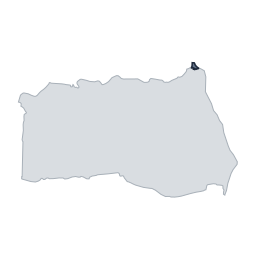 location of Ketu South, Volta, Ghana, rotated 272°
{"feature_id": "2480657B7709388821831", "entity_name": "Ketu South", "entity_type": "district", "adm_level": 2, "iso_a3": "GHA", "parent_name": "Ghana", "parent_adm1": "Volta", "projection": "robinson", "projection_center": [1.022, 6.081], "detail": "fine", "context": "in_parent", "style": "filled", "palette": "slate", "viewbox_px": 256, "rotation_deg": 272, "n_neighbors": 0, "source": "geoboundaries", "source_scale": "gbopen_adm2", "svg_char_len": 3486}
<svg xmlns="http://www.w3.org/2000/svg" viewBox="0 0 256 256"><g transform="rotate(272 128 128)"><path d="M157.1,19.4L159.0,21.5L159.4,22.7L158.7,27.1L157.3,30.3L156.4,33.2L156.5,34.7L157.4,36.1L160.3,38.4L161.8,39.9L163.6,42.2L165.7,44.4L169.2,47.3L170.6,47.8L170.6,48.6L170.1,49.7L169.8,60.4L169.5,63.2L169.2,64.6L168.9,68.6L168.5,69.2L167.9,69.2L167.3,69.3L167.1,70.1L167.4,70.9L169.5,71.5L169.0,72.1L167.4,72.7L166.7,73.9L167.0,75.2L166.2,76.3L166.4,77.1L167.0,77.6L167.9,77.4L170.3,75.6L171.4,75.4L172.7,75.8L175.0,78.6L175.1,80.0L174.2,84.7L173.2,88.3L173.0,93.2L174.0,95.9L173.9,97.4L172.8,98.7L170.4,100.6L170.6,101.9L171.7,104.3L173.7,107.0L177.8,110.3L179.9,114.6L179.9,116.3L178.7,118.0L177.2,119.6L176.8,121.8L177.4,136.1L174.2,142.4L174.2,144.2L174.5,146.2L175.4,147.5L177.0,147.8L178.3,149.1L177.8,153.4L177.1,157.9L177.0,160.1L176.6,161.1L175.4,161.9L174.9,163.4L175.2,165.1L175.0,166.4L175.7,168.1L177.1,170.1L179.5,175.3L180.4,175.7L180.8,176.8L180.5,177.8L181.4,180.1L184.0,182.4L186.7,184.4L188.9,184.7L189.5,186.5L190.9,188.7L192.0,189.7L193.6,190.4L195.0,190.7L195.1,192.6L192.6,193.9L190.9,195.9L189.6,198.9L187.9,202.2L181.8,204.0L179.4,204.0L166.9,204.1L155.2,210.6L148.4,212.9L144.3,216.6L138.7,219.2L134.8,222.4L126.7,223.9L113.3,228.9L109.2,230.8L105.0,234.3L98.1,238.4L95.5,238.3L90.1,234.5L86.1,232.6L76.2,229.7L68.9,228.6L65.3,227.3L64.3,227.1L65.2,225.7L67.2,225.7L69.4,226.1L71.0,225.0L73.4,224.9L74.0,223.8L74.2,221.1L74.2,218.9L75.1,217.9L75.3,215.3L74.1,209.5L73.3,208.8L69.0,208.0L68.7,206.9L67.9,205.7L67.1,202.7L66.2,198.2L64.7,192.8L61.8,183.7L61.1,180.5L60.6,177.2L60.5,173.4L61.1,171.9L61.0,169.9L60.8,167.9L62.8,163.3L66.8,157.6L67.7,155.6L68.4,154.2L68.5,152.2L69.2,145.6L71.2,137.6L72.4,134.6L73.2,133.0L74.2,130.4L74.4,129.1L78.1,126.0L79.8,125.2L80.1,123.9L79.6,122.6L79.8,121.7L80.7,121.2L82.1,120.9L83.0,119.6L81.5,109.8L80.3,100.0L80.2,99.2L79.5,97.8L78.7,93.8L77.5,91.5L75.8,90.8L75.8,88.5L77.6,84.8L78.0,82.6L77.2,81.9L77.1,80.2L77.7,77.4L77.4,75.7L77.1,73.9L75.3,69.6L74.8,66.6L75.8,64.8L75.7,61.0L74.8,55.0L74.6,51.2L75.3,49.7L75.0,48.2L73.7,46.7L73.6,45.4L74.7,44.0L74.6,43.0L73.2,42.2L71.9,40.4L70.8,37.4L71.1,32.8L73.2,24.2L73.5,23.5L75.8,23.5L75.8,23.9L83.2,23.8L91.6,23.7L101.6,23.6L110.7,23.5L111.1,23.1L112.6,22.6L121.8,23.5L127.6,23.1L130.0,23.3L131.8,23.9L135.8,23.6L137.9,23.8L139.5,25.9L140.1,25.9L141.0,25.0L142.6,24.0L144.2,23.1L145.4,21.5L146.1,20.2L147.2,20.4L148.7,20.4L149.7,19.3L150.1,17.6L157.1,19.4Z" fill="#d9dde1" stroke="#a8b0b8" stroke-width="1"/><path d="M189.4,194.1L189.3,194.3L189.3,194.5L189.2,194.5L189.3,194.8L189.6,195.0L189.7,195.3L189.7,195.5L189.7,195.8L189.7,196.0L189.9,196.3L190.0,196.4L190.3,196.3L190.7,195.8L191.3,194.8L191.9,194.1L192.6,193.5L193.2,193.0L194.1,192.5L195.0,192.1L195.5,191.8L195.5,191.2L195.4,190.5L195.5,189.9L194.9,189.9L194.4,189.9L193.3,189.9L192.0,189.9L191.9,189.9L191.7,189.8L191.6,189.7L190.4,189.4L190.4,189.5L190.2,189.6L190.1,189.8L190.1,190.0L190.3,190.3L190.3,190.5L190.5,190.7L190.5,190.9L190.4,190.9L190.4,191.0L190.2,191.1L190.0,191.3L189.9,191.4L189.9,191.5L189.7,191.5L189.7,191.4L189.2,191.6L189.3,191.6L189.4,191.8L189.5,191.9L189.1,192.0L189.0,191.9L189.0,192.0L188.9,192.1L188.9,192.3L188.7,192.5L188.8,192.8L189.0,192.8L189.3,192.8L189.5,192.8L189.8,192.9L189.8,193.0L189.9,193.3L190.0,193.3L189.8,193.4L189.7,193.5L189.3,193.6L189.2,193.7L189.2,193.8L189.3,193.8L189.3,194.0L189.4,194.1Z" fill="#64748b" stroke="#1e293b" stroke-width="1.5"/></g></svg>